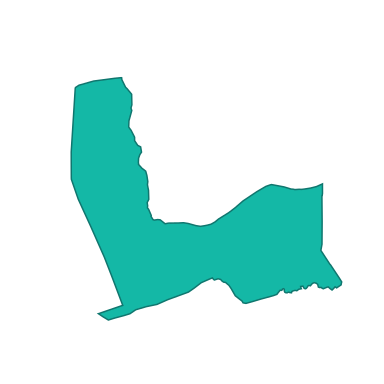 Al Fashaga, Gedarif, Sudan (orthographic projection), rotated 342°
{"feature_id": "16777658B79230518314977", "entity_name": "Al Fashaga", "entity_type": "district", "adm_level": 2, "iso_a3": "SDN", "parent_name": "Sudan", "parent_adm1": "Gedarif", "projection": "orthographic", "projection_center": [36.017, 14.347], "detail": "fine", "context": "isolated", "style": "filled", "palette": "teal", "viewbox_px": 384, "rotation_deg": 342, "n_neighbors": 0, "source": "geoboundaries", "source_scale": "gbopen_adm2", "svg_char_len": 2808}
<svg xmlns="http://www.w3.org/2000/svg" viewBox="0 0 384 384"><g transform="rotate(342 192 192)"><path d="M86.4,126.2L81.7,140.9L81.2,142.7L81.6,163.7L85.0,192.9L88.5,227.0L89.7,247.9L91.1,278.4L65.4,278.8L67.6,281.6L68.5,282.8L69.7,284.2L72.9,287.9L79.6,288.0L89.0,288.5L95.4,288.6L102.1,286.6L113.0,286.9L124.0,288.1L135.5,286.9L157.7,286.1L164.3,284.1L172.8,281.1L177.7,280.6L181.9,280.2L184.8,280.0L185.5,281.8L186.1,282.6L187.5,282.6L190.0,282.6L192.2,284.0L193.0,285.9L194.2,287.5L196.0,288.4L196.9,290.0L198.3,292.2L199.4,296.0L201.1,304.1L204.1,308.6L205.5,310.6L205.9,311.3L206.1,312.1L206.3,313.2L207.4,313.8L208.9,314.6L215.9,314.9L224.4,315.1L237.1,315.7L241.1,315.6L242.8,314.4L245.4,312.7L246.7,313.2L247.5,313.0L248.0,312.3L249.3,312.3L249.7,313.2L249.2,314.4L249.3,316.0L250.2,316.9L251.4,317.3L252.2,317.1L253.3,317.2L253.9,317.9L255.5,318.6L256.2,317.5L257.4,317.3L259.6,317.4L261.2,318.3L263.6,317.5L266.1,317.8L266.0,316.8L266.1,315.4L268.4,315.8L268.6,317.0L268.9,318.3L269.9,319.1L270.9,319.0L272.4,318.0L273.4,317.1L274.3,317.0L275.6,317.8L278.2,316.2L279.0,316.1L280.2,316.0L282.0,317.2L283.0,318.7L282.9,320.1L282.8,321.5L284.0,322.4L285.3,322.6L285.9,323.6L286.9,324.6L290.7,324.3L292.2,324.3L293.5,326.6L294.9,328.5L296.6,327.7L298.8,326.4L299.9,327.9L302.3,327.2L304.9,326.5L305.1,326.4L305.9,324.9L306.6,323.8L305.5,319.4L301.2,304.0L300.8,303.3L296.5,287.4L299.5,281.8L306.5,260.7L314.4,235.7L314.7,235.7L315.7,233.6L317.9,226.7L318.6,224.6L312.0,225.3L306.0,224.9L300.2,224.0L297.1,223.4L294.9,222.6L294.6,222.5L290.6,221.5L289.1,220.6L287.1,219.8L285.3,218.5L281.1,215.6L273.8,211.6L269.9,209.5L269.5,209.5L268.6,209.4L268.1,209.4L264.0,209.5L253.9,211.7L237.7,216.3L227.7,220.5L220.6,223.0L208.9,225.9L204.6,227.6L200.2,228.5L196.5,228.3L193.2,227.9L189.5,227.3L185.9,225.5L185.2,225.1L178.7,220.8L174.4,218.6L169.9,217.4L159.9,214.3L156.6,213.9L156.5,213.7L153.1,208.6L150.8,207.6L147.6,207.1L146.4,206.3L146.4,206.2L145.5,202.5L145.6,202.4L146.0,201.7L145.4,195.2L145.3,194.8L144.7,193.4L145.6,191.3L145.6,191.2L146.1,188.2L148.5,185.8L148.6,185.7L151.2,176.8L151.2,176.7L151.5,174.0L151.9,171.2L153.2,168.4L154.2,162.3L154.4,158.0L154.4,157.9L153.3,156.2L151.7,153.9L149.8,149.5L149.7,149.4L149.8,149.3L150.1,147.6L150.1,147.4L151.7,143.2L151.9,143.0L153.9,140.4L154.1,140.2L156.3,138.5L157.1,133.2L154.8,130.9L153.3,125.5L153.3,125.4L154.3,122.3L154.3,122.2L154.3,121.8L153.1,114.3L153.0,114.1L152.9,113.9L151.9,110.8L151.9,110.6L154.0,104.9L154.1,104.7L159.9,95.9L159.9,93.3L161.7,90.6L161.8,90.4L164.8,80.4L164.7,80.1L162.3,74.0L162.2,73.7L161.2,71.9L160.0,63.5L160.0,63.4L160.4,61.6L160.0,61.4L153.2,59.9L142.3,57.9L132.8,56.1L117.5,55.5L113.3,56.7L113.1,56.6L113.3,56.6L113.2,56.8L89.5,116.6L86.4,126.2Z" fill="#14b8a6" stroke="#0f766e" stroke-width="1.5"/></g></svg>